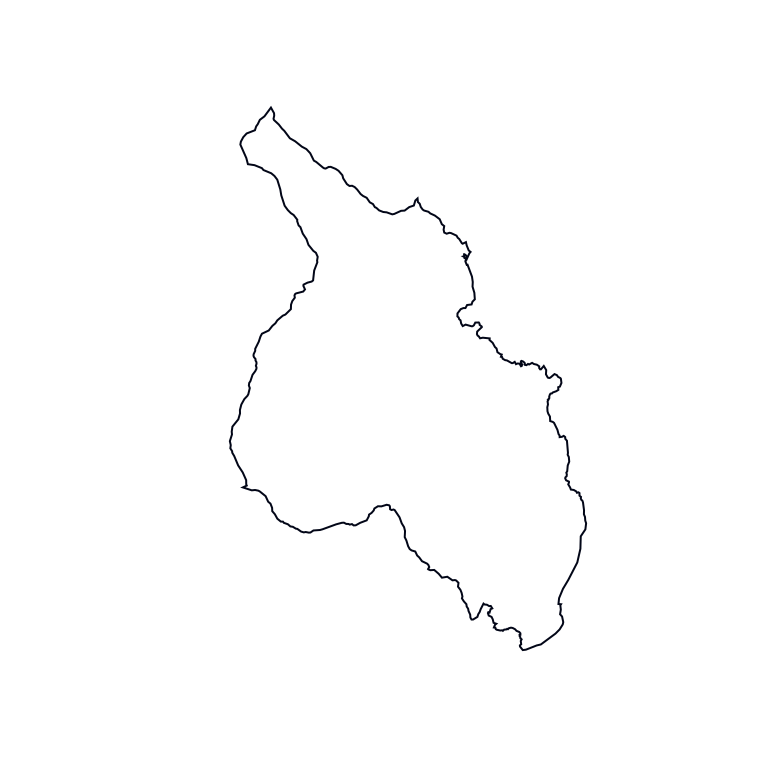 Tangua, Nariño, Colombia, rotated 340°
{"feature_id": "7082276B88194767649924", "entity_name": "Tangua", "entity_type": "district", "adm_level": 2, "iso_a3": "COL", "parent_name": "Colombia", "parent_adm1": "Nariño", "projection": "orthographic", "projection_center": [-77.351, 1.075], "detail": "fine", "context": "isolated", "style": "outline", "palette": "ink", "viewbox_px": 768, "rotation_deg": 340, "n_neighbors": 0, "source": "geoboundaries", "source_scale": "gbopen_adm2", "svg_char_len": 6157}
<svg xmlns="http://www.w3.org/2000/svg" viewBox="0 0 768 768"><g transform="rotate(340 384 384)"><path d="M330.9,109.9L331.9,124.6L331.3,130.9L337.2,134.1L343.1,139.4L343.9,141.7L350.1,147.4L352.2,151.0L353.6,155.5L353.1,165.7L352.0,171.6L351.6,182.5L353.1,187.7L354.9,191.6L356.9,194.3L358.7,200.0L358.1,201.2L358.0,205.8L359.1,208.0L359.1,214.9L360.7,221.4L360.6,227.4L363.1,234.7L364.9,237.4L365.2,241.8L363.3,245.2L363.0,246.8L357.2,253.5L352.8,262.4L351.1,263.0L346.8,262.6L342.4,263.1L341.8,264.2L342.1,268.1L339.7,269.5L332.4,268.8L331.2,269.1L330.2,270.1L329.7,272.4L326.2,274.7L323.8,277.6L322.1,281.8L315.1,285.0L312.2,285.2L305.5,287.7L302.7,289.8L299.0,291.2L294.0,294.3L286.5,295.0L284.1,297.2L280.8,301.4L275.0,306.9L274.3,308.8L271.7,311.4L271.0,312.9L271.0,314.3L271.8,316.6L271.3,318.0L271.6,319.8L271.1,321.4L269.8,323.1L269.9,324.7L269.3,326.1L267.4,327.9L263.6,330.4L259.5,335.6L257.7,336.9L256.5,339.2L256.5,341.9L253.0,347.2L251.6,348.4L247.6,350.4L242.9,354.5L239.7,359.2L238.6,362.5L235.0,367.4L227.0,372.2L224.6,376.7L223.9,379.4L219.6,385.0L219.1,389.0L217.6,391.9L218.3,395.2L217.9,396.7L218.6,400.4L219.1,410.6L221.0,418.8L221.6,427.2L220.2,431.2L220.3,432.5L216.0,432.9L223.4,438.7L226.6,439.5L229.5,441.3L230.6,442.6L234.4,448.9L234.9,455.0L236.4,457.6L236.5,462.1L235.5,465.3L236.9,469.0L237.7,474.1L240.0,478.0L242.0,478.8L242.4,480.2L245.7,482.9L247.3,485.8L249.5,487.0L251.7,489.8L253.0,490.5L255.6,494.3L257.9,496.0L259.8,496.3L262.6,498.0L264.1,498.4L267.6,497.5L273.9,499.3L276.5,499.5L291.0,499.5L296.9,500.0L298.9,500.6L300.7,502.6L302.8,503.4L303.7,504.4L306.0,504.7L307.1,506.5L309.1,507.1L314.2,506.3L321.1,506.2L324.4,503.2L325.3,501.6L328.2,500.9L331.1,499.3L332.4,497.7L336.5,496.8L339.7,498.1L345.2,498.4L347.4,499.8L347.7,500.9L346.9,503.8L348.0,505.0L350.0,505.2L350.9,506.1L353.0,514.6L353.0,521.0L353.9,525.4L353.5,529.3L351.1,535.0L351.5,538.7L351.2,544.7L351.7,547.9L353.0,549.8L356.1,552.1L356.5,556.5L357.8,559.0L359.1,563.5L363.1,567.6L363.8,569.2L363.9,571.5L362.1,573.0L362.3,573.4L363.8,574.8L367.6,575.9L370.5,581.1L372.2,585.8L377.6,586.8L381.2,591.9L383.6,592.5L384.6,593.3L386.0,596.3L384.2,599.8L385.4,603.5L385.5,606.9L385.0,610.6L383.9,612.1L384.7,615.6L386.1,619.1L385.6,621.4L386.2,623.9L385.8,626.2L386.1,630.2L385.3,633.0L385.7,635.3L387.1,635.8L392.1,634.8L393.9,632.5L395.9,631.0L397.8,628.7L402.4,624.4L403.1,625.6L405.2,626.6L406.9,628.7L408.4,629.1L409.0,631.9L407.2,632.0L405.0,634.9L404.0,634.1L403.3,634.8L403.2,637.4L405.4,639.6L405.7,642.4L405.3,645.9L407.5,647.7L406.0,648.2L404.0,650.4L405.3,651.1L405.2,652.6L405.9,653.5L408.9,655.4L410.9,655.9L411.3,656.6L412.9,655.9L415.2,656.5L416.0,656.2L416.6,656.8L417.9,656.2L420.0,656.4L421.5,657.3L423.3,659.3L424.1,661.3L426.3,663.3L426.9,664.9L426.4,666.3L425.6,666.1L425.2,667.5L425.5,668.5L425.2,669.6L426.0,671.0L424.6,672.3L423.9,675.5L422.3,676.1L422.0,677.2L423.4,681.5L426.5,682.2L438.1,681.9L442.3,682.4L459.8,677.2L465.1,674.7L469.7,671.1L471.0,669.1L471.8,663.4L470.7,660.6L473.0,656.5L474.0,652.3L475.0,651.5L472.7,650.4L475.3,645.1L482.1,637.7L490.2,631.1L504.6,617.8L512.2,606.0L516.8,594.4L523.5,589.5L526.3,584.0L526.4,581.2L527.4,577.7L527.3,574.8L528.8,571.0L530.5,563.3L530.5,561.4L529.8,560.3L529.8,558.7L530.5,557.5L529.5,555.8L530.4,553.4L529.7,552.3L528.1,552.2L527.9,550.7L526.1,548.5L523.5,547.1L523.5,544.9L522.8,541.3L524.1,539.9L524.4,539.0L522.2,536.8L522.0,534.7L522.5,533.8L524.1,533.1L524.9,531.4L525.0,529.7L526.3,528.7L528.8,523.4L531.5,520.3L532.7,515.8L532.4,513.3L533.3,511.7L536.5,499.9L535.6,497.5L536.1,495.8L535.1,494.2L533.2,494.5L530.9,494.0L531.4,492.5L530.9,490.8L531.3,486.4L530.5,478.7L529.6,477.3L527.5,475.7L528.8,471.3L528.2,468.0L528.3,465.6L529.5,461.7L531.1,459.3L531.8,456.2L533.2,455.0L532.9,454.7L534.6,453.7L534.9,452.4L536.3,450.6L537.2,450.0L538.5,450.3L539.7,449.7L543.3,449.7L545.8,449.2L546.6,446.6L548.4,446.6L551.1,443.7L552.0,439.7L551.8,438.8L550.0,436.8L549.5,434.8L547.6,433.0L542.5,434.9L541.3,434.9L540.1,434.0L539.5,430.3L541.2,426.4L540.3,421.7L536.5,423.9L535.7,423.6L535.3,422.0L535.9,420.5L534.2,418.1L531.7,416.5L530.4,414.8L527.0,415.3L526.2,414.4L524.3,415.0L522.9,414.2L522.7,413.8L523.4,412.8L523.3,412.0L522.4,410.4L521.1,409.3L520.4,409.5L520.2,410.1L520.4,413.1L519.5,414.2L518.8,414.2L518.3,411.2L516.4,410.4L514.8,410.5L514.4,407.9L512.2,408.4L511.2,408.1L507.6,403.9L506.0,403.0L504.2,400.9L504.2,399.0L503.2,398.4L504.7,396.6L503.5,395.7L501.5,392.9L501.9,389.1L500.9,387.2L500.2,382.5L498.2,378.7L498.9,377.3L492.7,374.3L489.9,373.9L489.4,371.8L488.5,370.4L488.4,368.9L489.5,366.6L495.4,364.0L495.5,363.4L494.1,361.2L494.4,359.7L494.1,358.6L490.8,357.5L488.5,359.6L487.0,360.0L486.0,359.7L481.0,356.1L477.8,356.5L477.2,353.5L477.7,350.4L476.8,348.8L476.9,347.1L476.1,345.6L477.2,342.8L481.7,339.9L484.5,339.8L486.5,340.5L489.1,338.2L493.5,339.2L495.3,336.9L498.3,335.5L500.1,329.2L500.5,322.8L502.3,318.5L503.4,313.2L503.3,300.5L502.5,300.4L502.4,296.7L503.1,295.4L504.0,295.0L503.8,293.6L502.7,293.1L502.8,292.0L502.2,291.3L503.1,291.4L503.6,289.5L504.0,289.6L505.1,291.3L505.3,293.0L505.6,293.2L505.4,294.0L508.9,290.4L510.5,289.5L509.3,287.5L509.1,282.1L509.5,278.7L505.9,279.1L505.3,278.3L504.3,273.5L503.3,271.8L502.9,269.4L498.6,265.1L497.2,264.3L494.3,264.2L492.4,262.3L492.8,259.4L494.6,256.2L493.0,253.6L492.7,248.2L489.4,243.1L485.8,239.5L484.7,237.4L481.0,234.7L480.0,233.3L479.1,230.2L479.2,226.8L478.1,224.6L479.0,221.1L476.2,222.3L473.1,226.5L468.2,226.4L462.7,228.1L459.3,227.1L451.8,227.7L449.8,227.4L445.2,223.6L442.1,222.1L438.8,219.2L437.1,215.9L435.9,214.7L435.2,211.2L432.8,208.4L431.4,203.1L428.6,200.1L427.0,197.5L425.3,192.1L423.8,188.9L421.8,186.8L419.3,186.1L417.5,183.5L416.0,176.8L416.3,173.6L414.2,168.1L412.1,165.3L408.3,161.8L406.3,161.1L402.9,161.6L401.6,160.9L400.7,159.8L396.3,152.2L394.5,150.1L393.6,141.9L391.4,136.7L388.0,132.9L383.5,125.5L379.6,120.9L376.9,112.0L375.5,109.2L373.9,104.2L370.9,98.3L370.9,97.0L372.6,94.3L373.3,91.9L372.3,85.6L363.2,91.6L357.7,93.3L354.2,96.7L352.0,98.2L349.5,101.4L340.6,101.6L336.2,103.9L332.4,107.3L330.9,109.9Z" fill="none" stroke="#020617" stroke-width="2"/></g></svg>